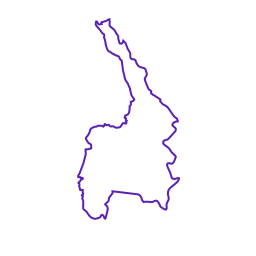 an SVG outline of Niari, rotated 199°
{"feature_id": "COG-3345", "entity_name": "Niari", "entity_type": "Region", "adm_level": 1, "iso_a3": "COG", "parent_name": "Republic of the Congo", "parent_adm1": "", "projection": "albers", "projection_center": [12.665, -3.355], "detail": "fine", "context": "isolated", "style": "outline", "palette": "violet", "viewbox_px": 256, "rotation_deg": 199, "n_neighbors": 0, "source": "natural_earth", "source_scale": "10m", "svg_char_len": 5470}
<svg xmlns="http://www.w3.org/2000/svg" viewBox="0 0 256 256"><g transform="rotate(199 128 128)"><path d="M181.0,224.8L179.7,222.0L179.2,219.8L178.9,219.1L178.3,218.5L177.4,218.0L173.5,216.6L172.4,215.9L169.4,213.3L167.8,212.2L167.1,211.6L166.4,209.5L165.2,207.8L164.7,206.9L163.4,205.3L161.8,205.5L160.8,206.9L160.9,209.0L158.0,207.5L153.9,202.6L151.4,200.6L150.1,199.2L149.0,196.1L148.1,194.8L147.1,194.3L146.3,194.4L145.6,194.7L144.6,194.9L143.7,194.7L142.6,194.1L142.3,193.4L140.6,191.7L139.4,190.7L138.7,190.3L137.8,189.9L137.1,189.7L136.6,189.6L132.5,189.8L132.1,189.8L131.6,189.7L131.0,189.5L130.5,189.0L128.2,186.0L127.8,185.0L127.6,184.5L127.6,184.0L127.6,183.5L128.2,180.5L128.2,180.1L128.0,179.6L127.6,179.0L127.0,178.0L121.7,171.9L121.2,171.5L120.5,171.1L118.3,170.6L118.0,170.3L117.8,169.9L117.8,169.5L117.8,169.1L117.8,168.9L117.8,168.7L117.4,168.4L116.8,168.1L115.4,167.6L114.6,167.4L113.4,167.3L111.8,166.8L110.2,166.5L108.3,165.9L107.0,165.6L106.6,165.5L106.5,165.1L106.4,164.8L106.4,164.0L106.3,163.7L106.0,163.4L104.9,163.0L103.8,162.2L102.0,161.6L99.9,161.4L99.3,161.3L97.1,160.4L88.6,154.2L86.8,153.3L85.4,153.1L84.8,152.7L84.4,152.4L83.1,150.5L84.2,150.0L85.6,149.0L86.7,147.7L87.2,146.3L86.8,144.9L85.5,144.3L84.1,143.8L82.7,143.0L82.1,141.7L82.3,140.2L85.9,131.7L86.7,130.2L89.5,128.1L90.3,126.8L89.6,124.7L87.2,123.6L84.2,122.8L81.9,121.7L79.4,119.6L78.0,118.8L74.5,117.3L74.0,116.9L73.4,116.4L73.3,116.1L73.4,115.8L73.5,111.4L73.8,110.3L74.6,108.7L75.3,108.3L76.1,108.4L77.6,108.2L79.1,107.3L79.1,105.9L78.2,104.4L73.4,99.3L71.2,96.2L70.2,95.0L68.9,94.6L67.1,95.1L64.6,96.9L63.5,97.1L63.2,95.6L63.8,93.2L63.9,92.8L68.5,85.2L69.1,83.6L69.4,82.3L69.4,81.0L69.1,79.4L68.5,78.0L66.9,75.4L66.4,74.1L66.3,73.0L66.8,69.5L66.6,68.1L65.2,64.4L65.7,63.1L65.8,63.1L68.2,63.2L71.4,64.1L72.2,64.6L72.6,65.1L72.9,65.6L73.4,66.2L75.5,67.8L76.7,68.5L77.7,68.5L78.8,67.9L80.9,65.9L82.3,65.4L84.6,64.9L87.2,64.1L89.2,63.1L89.9,63.5L91.0,64.3L93.2,67.0L95.1,68.3L97.1,68.5L122.1,63.1L121.4,61.7L121.9,59.7L122.7,57.5L123.2,55.7L122.7,53.1L122.8,52.1L123.3,51.2L124.4,49.4L124.7,48.3L122.2,47.2L120.9,45.2L120.4,42.6L119.9,35.8L120.1,34.9L120.8,35.1L121.6,35.9L122.8,37.2L123.9,37.5L124.7,37.1L125.0,36.4L125.0,35.7L125.1,35.2L125.5,34.4L125.8,34.0L126.2,33.6L129.3,31.5L130.0,31.3L133.1,31.2L135.8,32.3L140.0,35.3L140.2,35.5L142.9,36.4L144.0,37.1L144.7,38.7L146.1,43.3L146.7,44.6L147.0,45.1L148.0,46.0L148.3,46.4L148.5,47.9L148.4,47.9L148.4,48.2L148.4,48.6L148.5,48.9L149.7,49.2L149.7,49.6L149.4,50.0L149.3,50.3L149.0,50.8L148.9,51.2L149.1,51.6L149.9,52.4L150.1,52.8L150.2,53.5L150.5,54.6L151.4,54.6L152.9,53.8L153.4,54.3L154.6,56.3L155.2,57.0L155.5,58.7L155.7,59.2L156.2,59.7L156.5,59.7L156.8,59.7L157.0,60.5L156.5,61.0L156.1,61.5L156.0,62.2L155.9,62.7L155.8,63.3L155.5,63.8L155.2,64.3L154.5,64.8L154.2,65.4L154.4,65.8L155.2,65.8L155.9,65.0L156.4,65.5L156.8,65.9L157.2,66.0L157.6,65.9L158.1,65.6L158.5,65.4L159.0,65.4L159.3,65.7L159.6,66.1L159.5,66.7L159.0,69.6L158.7,80.4L159.4,89.4L159.7,90.4L161.0,93.4L161.1,93.8L160.9,94.2L160.4,94.4L159.4,94.6L158.9,94.8L158.1,95.6L157.6,95.8L156.7,96.2L156.4,96.4L156.2,96.7L156.2,97.2L156.4,97.6L156.8,98.4L157.1,99.3L157.3,99.8L157.5,100.1L157.9,100.4L159.3,100.8L160.2,100.8L160.6,101.0L163.5,103.3L164.0,103.8L164.3,104.3L164.5,104.8L164.5,105.3L164.4,105.6L163.6,107.7L163.0,110.6L163.1,114.4L162.9,115.1L162.4,115.9L160.2,118.1L158.4,119.0L157.8,119.5L157.2,120.3L156.2,120.7L155.8,120.8L155.4,120.9L153.9,121.5L153.4,121.6L153.0,121.5L152.1,121.3L151.7,121.3L151.4,121.8L151.4,123.6L151.3,123.9L151.2,124.1L150.7,124.2L150.4,124.0L150.0,123.6L149.6,123.6L149.1,123.8L148.2,124.3L147.7,124.6L147.2,124.7L146.9,124.6L146.1,124.0L145.8,123.9L145.4,123.9L145.0,123.9L144.4,124.0L144.2,124.1L143.1,124.6L142.8,124.7L142.4,124.7L142.0,124.7L140.1,124.4L139.3,124.4L138.9,124.5L138.6,124.6L138.2,124.8L137.2,125.4L136.4,125.8L136.2,125.9L136.0,126.1L135.7,126.4L135.6,126.7L135.5,126.9L134.8,129.6L134.4,130.7L134.3,130.9L134.1,131.1L133.9,131.2L133.5,131.3L132.3,131.3L132.1,131.3L131.8,131.5L131.5,131.6L131.3,131.8L131.2,132.5L132.0,133.3L131.6,134.1L131.6,134.5L132.2,134.5L132.7,134.8L132.9,135.3L132.9,136.0L133.2,136.6L133.8,136.6L134.4,136.6L134.6,136.8L134.6,138.9L133.0,140.3L132.5,141.1L132.3,141.5L132.2,142.0L132.1,142.7L132.1,143.8L132.8,147.0L133.5,148.7L133.5,149.2L132.9,150.3L133.0,151.3L133.1,151.8L133.9,153.5L133.7,154.0L133.3,154.2L132.9,154.4L132.5,154.7L132.1,155.2L131.7,155.8L131.3,156.7L131.5,157.2L131.9,157.6L133.8,158.8L134.7,159.5L135.2,159.9L136.6,161.8L138.9,165.8L142.3,169.6L142.7,170.0L145.6,172.2L146.9,173.6L147.7,174.7L148.9,177.0L151.1,180.2L155.6,189.0L156.2,189.9L156.5,190.0L156.9,190.0L157.4,190.3L158.1,190.7L159.1,191.9L159.8,192.4L160.3,192.7L161.3,192.6L162.4,192.8L162.8,192.8L163.3,192.7L163.8,192.7L164.3,192.8L164.7,193.0L165.2,193.2L165.6,193.3L166.5,193.2L167.0,193.2L168.0,193.7L168.4,193.8L168.9,193.8L169.4,193.9L170.4,194.3L171.4,194.3L172.3,194.9L173.7,196.1L176.4,199.9L176.9,201.0L177.3,201.9L177.9,202.7L178.5,203.8L179.2,204.7L179.8,205.3L180.2,205.9L180.3,206.3L180.4,207.4L180.7,208.1L181.0,208.6L181.5,208.9L182.5,209.1L183.0,209.2L187.6,212.4L190.0,213.6L191.1,214.3L191.7,214.8L192.1,215.3L192.4,215.8L192.5,216.2L192.8,218.1L192.8,218.3L192.3,218.5L191.5,218.2L190.3,216.9L189.4,216.5L188.7,216.6L186.7,217.8L187.3,218.4L187.6,218.9L187.4,219.4L186.7,219.8L183.4,222.2L181.7,224.3L181.0,224.8Z" fill="none" stroke="#5b21b6" stroke-width="2"/></g></svg>